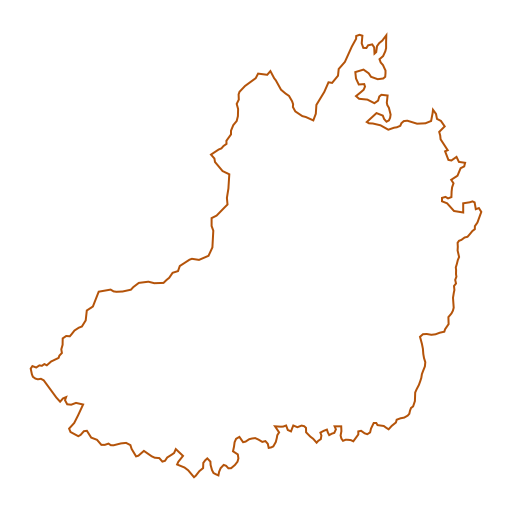 Santo Antônio das Missões, Rio Grande do Sul, Brazil (Natural Earth projection)
{"feature_id": "56859067B65449398596196", "entity_name": "Santo Antônio das Missões", "entity_type": "district", "adm_level": 2, "iso_a3": "BRA", "parent_name": "Brazil", "parent_adm1": "Rio Grande do Sul", "projection": "natural_earth1", "projection_center": [-55.409, -28.458], "detail": "fine", "context": "isolated", "style": "outline", "palette": "amber", "viewbox_px": 512, "rotation_deg": 0, "n_neighbors": 0, "source": "geoboundaries", "source_scale": "gbopen_adm2", "svg_char_len": 5029}
<svg xmlns="http://www.w3.org/2000/svg" viewBox="0 0 512 512"><path d="M474.8,229.2L474.9,226.1L477.4,222.6L481.3,211.9L478.9,208.1L475.8,209.2L474.6,202.4L472.5,201.4L469.7,202.3L463.2,203.3L463.2,212.5L454.0,211.0L447.1,203.3L442.0,201.3L442.0,197.9L445.5,196.9L448.0,198.4L451.4,197.1L451.6,191.5L452.1,187.3L453.5,183.3L451.2,179.8L457.5,175.7L460.6,168.2L464.2,166.4L465.1,162.8L458.9,161.9L456.5,156.9L451.4,160.5L448.4,159.9L445.1,151.3L447.7,150.2L440.6,139.3L440.2,135.5L439.2,131.9L444.7,126.4L440.9,120.9L437.0,118.9L436.0,113.9L433.0,109.8L432.6,113.2L431.1,121.0L425.4,123.3L417.1,123.7L407.3,120.7L403.8,121.1L401.4,123.2L400.3,125.8L396.8,127.3L394.1,127.7L388.3,129.7L380.5,125.3L372.8,123.5L368.9,123.3L366.8,122.0L376.5,113.1L382.8,115.6L384.1,119.0L386.5,121.7L388.9,120.4L390.1,117.8L390.6,114.6L388.9,107.8L387.3,105.1L386.8,102.7L387.6,95.5L381.4,94.8L379.3,96.5L378.1,100.6L374.4,103.2L367.4,99.6L359.1,98.8L356.0,96.1L360.7,92.3L363.6,89.8L365.0,86.6L364.2,84.1L358.8,84.5L356.0,78.5L355.3,72.1L363.5,69.6L368.7,73.3L371.0,76.8L377.7,79.2L383.2,78.5L385.2,76.8L385.5,73.3L385.5,70.5L384.4,68.2L383.0,65.1L380.7,62.5L379.5,59.2L383.1,56.1L385.3,51.3L386.1,48.2L386.1,41.9L386.3,35.3L382.3,40.6L379.2,43.1L377.0,46.2L376.2,52.1L374.5,53.6L374.2,47.4L372.2,44.4L368.1,45.3L366.4,48.0L363.3,47.9L361.7,43.3L362.4,35.7L359.5,34.8L356.2,36.0L356.1,38.8L351.8,46.6L344.9,61.9L338.7,69.0L338.0,75.7L332.1,82.9L328.5,82.3L324.3,91.9L316.4,104.9L315.8,113.8L313.3,120.4L305.8,117.0L302.3,116.1L295.3,111.4L292.9,107.0L293.1,104.2L292.1,101.3L289.0,95.9L285.5,93.5L281.0,89.7L275.8,80.3L274.2,78.3L270.4,71.1L267.2,74.8L258.1,73.6L255.7,78.2L245.0,86.0L239.5,91.8L238.6,94.4L238.8,99.6L236.7,103.9L238.1,109.0L237.9,116.2L236.7,121.0L233.3,125.1L231.0,130.7L231.0,134.4L226.4,140.8L226.5,143.9L223.5,146.0L221.4,148.4L218.7,149.5L211.0,154.6L214.4,158.5L215.0,162.0L222.6,171.1L229.3,174.3L228.4,188.6L226.9,197.9L227.5,204.5L224.6,207.4L216.6,215.6L211.6,218.1L211.6,226.0L213.3,230.7L212.4,247.4L210.7,251.1L208.5,255.8L199.0,259.9L191.9,258.8L189.5,259.7L179.8,266.0L178.0,271.1L172.6,272.8L169.2,277.8L166.6,279.9L163.5,282.9L154.3,283.2L148.4,281.7L138.8,282.9L133.3,287.1L130.9,289.7L122.6,291.5L116.5,291.8L113.6,291.4L110.6,289.6L98.7,291.7L92.9,306.5L86.8,310.5L85.7,320.4L81.9,326.5L78.8,327.7L74.5,330.5L71.6,334.2L69.8,336.3L66.2,336.0L62.7,338.4L62.6,344.8L61.3,349.3L61.9,353.0L59.4,355.6L58.6,357.9L51.1,361.5L46.8,365.3L44.3,364.1L41.9,365.8L39.4,365.4L36.2,367.5L32.4,366.1L30.7,368.6L31.9,374.3L32.9,376.8L35.4,378.6L37.9,379.3L40.9,378.8L43.7,380.3L56.3,397.5L60.1,401.7L63.0,398.4L66.1,397.1L65.0,400.2L67.2,404.3L71.2,404.7L76.0,402.9L83.1,404.5L78.1,415.3L74.2,423.0L69.1,428.6L70.5,432.0L78.3,436.2L80.6,434.9L83.9,431.2L86.9,430.8L91.2,437.6L97.0,439.8L101.4,444.9L104.7,444.9L108.5,443.6L110.8,445.2L113.5,445.3L121.0,443.4L126.1,442.9L130.4,445.1L131.6,448.9L136.1,456.4L138.4,455.7L143.9,450.9L151.7,456.3L154.7,457.7L159.3,458.1L162.4,461.6L165.0,460.8L167.2,457.5L171.8,454.6L174.1,453.0L175.8,449.1L183.0,455.9L178.3,461.8L177.1,464.5L184.5,467.5L188.2,470.3L194.0,477.2L195.7,475.8L197.2,473.9L199.4,471.1L203.1,468.1L203.3,462.9L205.2,460.3L207.3,458.4L210.4,461.6L210.6,465.0L212.0,470.1L213.5,473.0L215.7,474.2L218.4,475.4L219.1,471.8L220.6,468.2L223.7,464.9L226.1,465.8L228.4,468.3L231.1,468.2L234.9,465.0L237.5,461.7L238.4,458.4L237.8,454.4L233.0,451.3L234.0,446.7L234.6,442.2L236.1,438.8L239.4,436.9L243.1,442.2L245.6,441.6L249.2,439.2L252.0,438.5L255.2,438.1L258.5,439.6L262.3,441.9L265.4,441.1L267.8,443.8L268.7,447.9L271.2,447.4L273.3,446.4L275.8,442.0L276.8,438.0L277.3,435.2L279.1,432.4L276.7,428.8L275.0,426.3L280.8,426.7L283.1,426.6L286.1,425.5L287.8,430.0L291.0,431.4L292.0,428.7L293.3,425.5L297.4,427.2L301.6,425.6L304.2,426.2L306.0,427.9L306.1,432.3L310.3,436.6L313.2,438.8L316.6,442.7L318.2,440.9L320.8,439.1L321.4,435.5L320.4,432.6L323.8,430.8L326.9,429.6L327.9,432.6L329.2,435.1L332.0,433.6L334.3,432.9L335.9,429.3L334.6,426.3L341.2,426.3L341.4,431.2L340.6,435.5L341.4,438.6L343.0,440.8L345.8,439.7L348.0,439.8L350.8,440.1L353.3,441.3L358.3,434.5L358.3,431.4L361.1,430.8L364.6,433.3L367.3,434.2L370.1,432.4L371.0,428.6L373.7,423.0L376.3,423.0L377.5,425.1L383.8,426.0L386.1,427.7L388.6,429.3L391.7,425.9L395.9,422.5L396.7,419.7L400.5,418.3L404.2,417.6L407.7,415.6L409.3,413.8L410.0,410.7L411.0,408.0L413.1,406.4L414.9,401.1L415.2,392.5L416.5,389.5L418.9,384.9L420.3,381.0L421.3,377.9L421.9,374.1L423.1,370.9L424.9,366.4L425.3,362.2L424.0,358.0L423.3,354.0L422.9,348.8L421.9,343.8L420.0,336.8L423.0,334.2L426.8,334.0L431.4,334.8L435.5,334.3L439.8,332.7L444.3,331.7L445.1,329.2L448.6,324.1L448.4,317.1L451.5,313.4L452.9,310.7L453.7,307.7L453.0,297.8L453.8,292.8L454.4,290.0L454.0,286.0L456.0,283.5L455.2,279.9L456.4,276.7L456.0,274.1L456.1,270.1L455.8,267.4L456.9,263.8L457.8,260.1L459.1,257.0L457.6,250.5L457.8,246.8L457.6,242.8L459.0,240.8L461.4,239.9L464.6,237.5L467.5,236.8L469.7,234.3L472.4,231.0L474.8,229.2Z" fill="none" stroke="#b45309" stroke-width="2"/></svg>